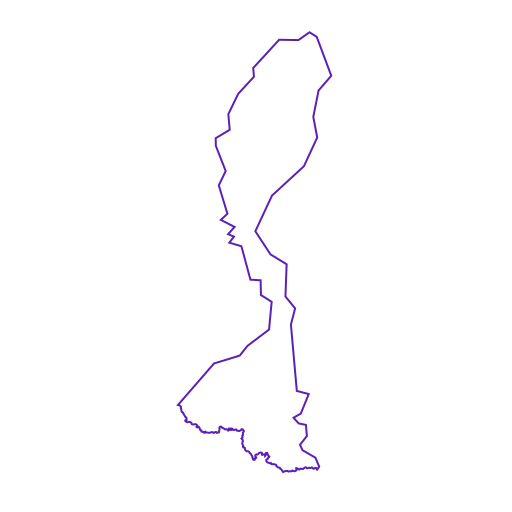 Nzara, Western Equatoria, South Sudan (Albers equal-area conic projection), rotated 355°
{"feature_id": "79223893B44878437184267", "entity_name": "Nzara", "entity_type": "district", "adm_level": 2, "iso_a3": "SSD", "parent_name": "South Sudan", "parent_adm1": "Western Equatoria", "projection": "albers", "projection_center": [28.083, 5.312], "detail": "fine", "context": "isolated", "style": "outline", "palette": "violet", "viewbox_px": 512, "rotation_deg": 355, "n_neighbors": 0, "source": "geoboundaries", "source_scale": "gbopen_adm2", "svg_char_len": 4200}
<svg xmlns="http://www.w3.org/2000/svg" viewBox="0 0 512 512"><g transform="rotate(355 256 256)"><path d="M328.8,37.8L317.1,44.6L297.9,42.6L269.6,68.5L269.6,77.2L252.4,92.9L240.8,112.3L240.8,128.0L226.1,135.1L225.6,142.8L233.2,168.7L225.1,182.4L231.2,211.4L224.1,217.0L237.2,225.2L230.1,231.8L235.7,234.8L230.6,240.4L242.3,245.0L248.4,279.1L258.5,280.6L257.5,295.3L267.6,303.0L262.6,330.4L239.8,344.7L231.1,353.8L204.8,359.4L165.3,397.6L166.9,398.2L167.7,399.0L168.1,399.8L167.8,401.0L168.2,401.6L168.2,402.4L168.2,403.1L168.2,403.7L168.5,404.9L169.2,405.3L169.7,405.7L169.9,406.6L170.5,407.9L171.0,408.8L171.2,409.4L171.8,410.5L172.6,410.9L172.6,411.8L172.6,412.6L172.6,413.3L171.5,413.4L171.1,414.0L171.7,414.7L172.7,415.5L173.5,415.7L174.3,415.5L175.4,415.5L176.4,416.0L177.0,416.5L177.3,417.4L177.4,417.9L178.2,418.3L179.2,418.3L180.3,418.3L181.2,418.3L182.0,418.7L182.2,419.1L182.8,420.0L182.2,420.4L181.8,421.0L182.4,421.6L183.5,421.6L184.4,421.6L185.0,423.2L185.1,424.0L185.5,424.6L186.2,424.9L186.3,426.1L187.4,426.3L187.9,426.9L189.0,427.5L189.3,426.8L190.1,426.6L190.1,427.3L190.5,427.5L192.3,427.6L193.3,428.0L194.7,428.0L195.8,427.8L196.6,427.6L197.5,427.7L198.1,428.4L198.7,428.6L199.3,428.2L200.4,427.8L201.0,427.9L201.3,428.4L201.5,428.7L202.1,428.6L202.9,428.4L203.5,428.6L204.0,427.8L204.1,427.0L204.3,426.0L204.6,425.4L204.6,424.7L204.6,423.7L205.0,423.1L205.6,422.9L206.6,423.0L207.0,423.9L207.7,424.3L208.4,424.7L209.2,425.2L210.0,426.0L210.7,426.0L211.6,426.0L212.4,426.7L212.8,427.4L213.4,427.5L213.7,426.8L213.6,426.2L214.0,425.5L214.8,425.6L214.8,426.2L215.0,426.9L216.2,427.1L216.2,426.5L216.5,425.8L217.4,426.0L217.6,426.6L217.9,427.0L218.3,427.3L219.4,427.3L220.5,427.1L221.2,427.1L221.3,427.7L222.0,428.4L222.7,428.5L223.3,428.8L224.4,428.8L225.1,428.5L226.6,427.8L226.6,427.4L227.5,427.4L227.9,428.1L228.6,429.1L228.6,429.6L228.1,430.3L227.6,430.7L227.5,431.6L227.5,432.4L227.5,433.0L226.9,433.4L226.6,434.0L226.7,434.6L226.9,435.4L226.6,435.9L225.9,436.3L225.6,436.6L226.4,437.6L226.7,438.2L226.8,439.4L226.4,440.1L226.3,440.6L225.9,441.7L226.2,442.5L226.5,443.4L226.8,444.1L226.4,444.6L226.5,445.5L227.4,445.7L228.1,446.1L228.2,446.9L228.2,447.9L228.6,448.6L229.6,449.7L230.4,449.8L231.3,449.9L232.1,450.6L232.5,451.6L233.7,452.8L233.9,453.5L234.5,454.6L234.9,455.4L234.9,456.3L234.9,456.8L235.2,457.1L235.4,457.3L235.2,458.0L235.4,458.5L236.2,458.9L237.0,458.8L237.4,457.7L237.6,457.3L238.1,457.4L238.7,456.9L238.3,456.1L237.9,455.5L237.9,455.1L238.1,454.2L239.2,453.7L240.3,453.9L240.5,453.7L241.3,453.1L241.6,452.8L242.1,452.4L243.7,452.2L244.6,452.5L244.8,453.6L244.6,454.5L244.9,454.7L245.7,454.3L246.6,454.3L247.2,454.4L247.4,455.2L247.5,456.0L248.2,455.3L248.4,454.5L248.4,453.6L248.8,453.0L250.0,453.2L250.3,453.8L250.3,454.7L250.7,455.6L251.2,456.5L251.8,456.9L251.4,457.6L250.2,458.3L250.2,458.8L249.8,459.3L249.2,459.6L248.5,459.8L248.4,460.9L248.6,461.8L249.4,462.6L250.5,463.0L251.2,463.5L251.9,463.6L252.7,463.4L253.0,464.0L253.2,464.6L253.9,464.9L254.6,464.8L255.2,464.7L255.5,465.0L256.4,465.3L257.4,465.5L257.9,465.9L258.1,466.4L258.1,467.2L259.0,468.1L259.7,468.6L260.3,468.8L261.1,469.0L261.6,469.4L261.6,470.1L262.6,470.8L263.2,471.7L263.6,472.3L263.6,472.8L264.1,473.5L265.0,473.3L265.7,473.0L266.5,472.9L267.5,472.7L268.0,472.9L268.9,472.9L269.2,473.4L269.9,473.6L271.0,473.4L272.0,473.5L272.9,473.5L273.5,472.9L274.2,473.2L275.4,473.8L276.1,473.7L276.8,473.4L277.6,473.0L277.6,472.2L277.5,471.4L277.6,470.8L278.3,471.0L279.0,471.4L279.9,472.3L280.8,472.4L281.5,471.7L282.2,471.9L283.3,472.0L284.3,472.3L284.7,472.0L285.4,471.6L286.0,471.1L287.0,470.8L287.5,471.1L288.0,471.7L288.9,471.9L289.9,471.7L290.7,471.6L291.2,471.9L291.5,471.9L292.3,471.7L293.2,471.5L293.5,471.7L293.8,472.3L294.4,472.6L294.8,472.9L295.4,472.9L295.7,472.6L296.2,472.2L297.2,472.4L297.8,472.9L298.1,474.1L298.3,474.2L300.6,471.3L297.6,462.1L285.4,453.5L283.4,447.9L291.0,439.8L291.0,428.6L283.9,426.5L279.3,420.4L286.9,416.9L296.5,398.1L284.9,394.0L284.8,327.4L290.4,311.6L281.8,298.9L285.8,266.9L270.6,255.7L257.5,231.3L277.2,197.2L311.6,170.7L327.3,143.3L325.2,122.4L332.8,96.5L346.7,83.0L335.6,43.0L328.8,37.8Z" fill="none" stroke="#5b21b6" stroke-width="2"/></g></svg>